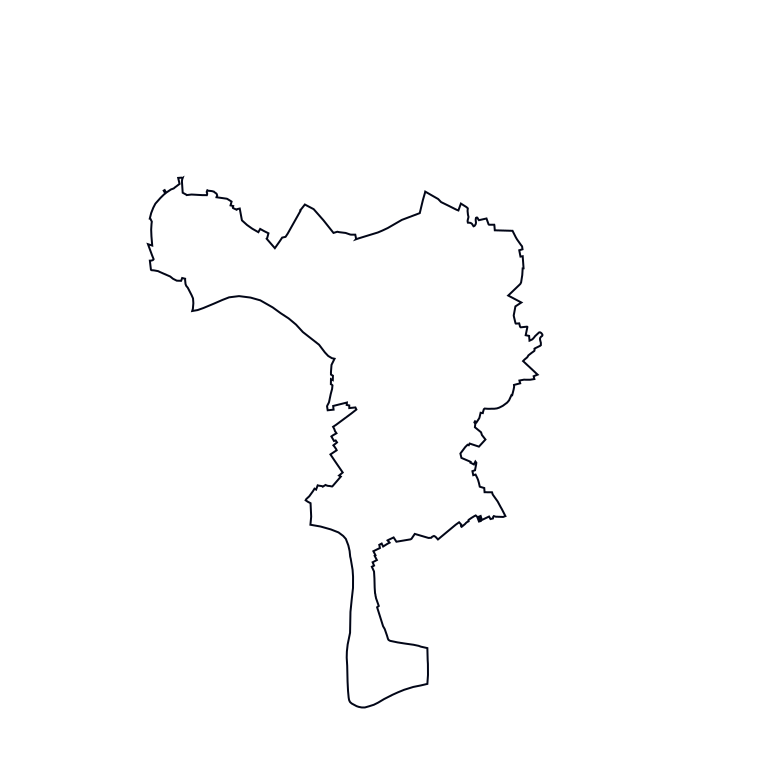 Gia Lam, Ha Noi, Vietnam, rotated 330°
{"feature_id": "81297802B60728672974675", "entity_name": "Gia Lam", "entity_type": "district", "adm_level": 2, "iso_a3": "VNM", "parent_name": "Vietnam", "parent_adm1": "Ha Noi", "projection": "albers", "projection_center": [105.948, 21.024], "detail": "fine", "context": "isolated", "style": "outline", "palette": "ink", "viewbox_px": 768, "rotation_deg": 330, "n_neighbors": 0, "source": "geoboundaries", "source_scale": "gbopen_adm2", "svg_char_len": 6154}
<svg xmlns="http://www.w3.org/2000/svg" viewBox="0 0 768 768"><g transform="rotate(330 384 384)"><path d="M254.4,224.9L259.6,226.8L265.6,227.9L277.2,229.4L286.1,230.4L293.2,231.5L302.4,235.4L311.6,242.4L318.7,249.7L325.9,262.0L329.9,271.0L334.2,279.5L337.5,288.5L339.7,298.4L347.4,317.5L348.6,327.1L349.7,331.8L351.8,335.6L353.8,337.4L348.1,341.2L344.0,347.2L342.8,349.3L343.9,351.3L341.6,355.0L340.5,353.3L337.9,357.6L338.4,358.4L338.7,359.4L336.6,362.3L332.9,366.0L327.7,371.8L327.0,372.5L324.0,374.4L323.5,374.9L322.1,378.6L327.5,381.0L329.0,377.6L342.6,381.5L341.2,383.5L343.2,385.2L341.9,387.5L347.5,390.0L347.3,392.3L341.0,393.2L322.0,395.4L318.5,395.6L318.5,396.6L318.4,398.4L318.0,400.3L318.2,402.9L314.3,402.9L312.2,403.1L312.2,408.3L313.9,408.7L314.1,411.1L309.5,411.8L309.8,413.7L310.0,416.3L309.9,417.7L302.4,418.2L302.9,425.7L304.0,440.0L299.3,440.8L300.3,442.6L288.5,446.7L287.8,446.8L285.7,445.0L284.5,444.2L283.5,443.1L282.9,442.2L279.6,442.3L279.3,441.5L276.8,439.5L275.9,438.6L272.4,441.5L271.5,439.9L268.9,441.3L263.1,443.9L259.4,444.7L258.0,445.5L259.1,447.8L260.8,450.5L254.6,462.5L249.9,469.1L257.8,475.7L265.3,483.4L270.4,489.8L272.7,495.2L273.5,499.1L272.4,506.0L270.7,511.5L268.4,516.6L267.8,518.7L263.9,529.2L260.8,535.5L255.2,545.1L248.2,554.6L241.0,564.6L230.2,582.5L222.3,591.4L218.1,597.1L214.9,602.3L211.2,609.7L203.6,623.6L199.4,631.8L196.6,637.9L195.8,640.1L195.6,641.6L195.6,642.6L196.3,644.6L199.2,649.3L200.7,651.0L203.1,653.1L205.8,654.6L209.8,655.6L214.8,656.7L219.5,657.0L226.5,656.9L236.0,657.4L242.0,658.0L248.6,658.9L257.9,661.0L265.0,663.4L271.6,665.4L276.6,658.0L282.0,648.5L283.8,644.9L289.5,634.4L284.6,629.9L283.1,628.1L279.2,624.6L272.3,619.2L266.6,614.6L260.9,609.5L260.0,608.0L260.0,606.7L260.8,603.4L262.1,596.6L262.1,593.3L266.4,573.9L268.5,573.6L270.0,565.5L270.6,563.9L270.6,563.6L271.4,561.7L271.6,560.8L274.1,555.7L278.5,547.6L281.6,541.4L282.1,536.2L284.6,536.3L285.0,532.7L289.8,532.9L290.0,528.1L291.0,528.1L291.2,523.5L298.5,524.0L299.5,520.9L302.2,521.0L302.0,524.3L307.0,524.1L309.5,524.2L308.9,521.2L309.5,521.2L315.6,521.7L315.9,526.8L329.3,531.8L330.4,531.8L335.7,529.2L345.6,539.6L348.1,540.8L349.2,540.4L349.8,540.4L351.3,540.6L352.2,542.0L353.0,545.6L375.8,541.7L379.9,541.3L380.6,544.5L379.8,545.2L379.6,546.0L379.8,546.5L384.1,545.8L385.6,545.3L387.2,545.1L388.6,545.2L388.9,544.3L389.3,544.0L392.8,543.7L396.2,543.6L397.7,543.7L398.1,545.0L398.3,545.7L397.5,550.6L399.1,551.0L400.1,546.4L401.7,546.6L400.8,550.7L408.7,551.3L408.7,554.2L411.1,554.9L412.1,553.7L413.1,553.3L414.3,554.7L420.7,558.7L423.1,559.1L423.5,551.1L423.5,548.7L423.7,542.6L422.9,534.1L423.4,531.8L417.0,528.0L418.8,524.2L416.4,521.7L415.6,520.8L416.7,517.3L417.5,514.1L417.8,511.8L418.0,508.2L415.7,507.6L417.0,503.7L419.7,504.2L423.5,499.8L424.6,498.4L424.4,496.8L421.6,498.6L419.5,495.3L420.1,494.7L414.1,486.7L415.4,482.4L422.9,479.2L426.0,478.4L426.8,479.4L428.4,478.4L434.9,485.7L444.1,482.8L443.3,477.1L443.9,474.4L443.0,471.9L441.1,466.9L443.2,464.1L443.1,462.4L444.2,461.8L444.9,463.5L449.3,461.3L450.1,460.6L453.3,457.2L455.0,458.6L455.8,457.7L457.8,455.8L458.9,455.6L461.4,457.3L467.0,460.5L469.6,461.6L472.1,462.1L476.0,462.3L481.3,461.7L484.1,460.7L488.9,457.3L489.4,457.8L493.3,453.8L495.3,451.5L496.1,449.8L502.3,451.5L503.0,448.7L507.3,450.2L512.5,453.3L516.7,454.9L517.5,452.1L521.7,452.7L515.9,433.7L517.9,433.1L521.4,432.5L523.4,431.4L527.7,430.8L530.7,430.5L531.6,429.6L531.9,428.7L532.3,428.6L538.5,429.0L539.4,428.7L539.6,428.1L540.4,426.9L541.1,424.3L541.4,423.4L542.1,422.3L543.5,421.6L545.1,421.4L545.5,421.1L545.9,420.3L545.7,418.6L545.4,417.9L544.9,417.2L544.2,416.9L543.1,417.1L538.4,418.2L537.7,418.6L535.6,419.3L534.4,419.5L531.7,419.2L533.7,414.9L531.1,412.6L536.7,406.3L536.7,406.1L536.4,405.8L530.8,403.3L530.6,402.9L530.5,402.3L531.4,399.1L528.5,397.7L528.3,397.5L528.3,397.0L530.2,390.6L530.6,389.5L536.6,382.5L543.7,382.1L535.8,369.5L550.6,365.9L552.1,365.5L553.5,364.6L558.2,358.8L561.9,353.2L562.7,353.6L568.0,342.7L565.9,341.9L568.0,335.8L571.3,336.6L572.4,333.8L572.1,331.8L571.5,325.2L571.5,322.7L571.9,315.6L556.8,306.3L559.0,301.6L559.1,301.2L554.8,298.7L554.5,298.4L554.4,298.0L555.5,291.9L548.1,289.6L548.0,288.9L548.0,286.6L547.6,286.2L546.8,286.1L546.4,286.5L545.8,287.2L545.0,288.6L544.5,290.0L543.8,290.9L543.2,291.5L541.6,292.3L540.8,292.3L540.4,292.2L540.3,289.5L539.9,288.4L539.2,287.5L537.3,286.2L537.8,284.8L538.3,284.1L540.5,281.8L540.8,281.3L541.3,279.5L542.9,275.9L544.4,273.8L543.9,272.1L540.8,266.2L535.2,270.9L533.9,269.3L528.9,261.7L524.4,255.0L523.4,250.9L515.9,238.0L514.8,239.2L509.7,244.1L500.4,253.9L481.5,250.8L465.2,250.8L459.3,250.3L454.4,249.7L434.9,245.2L431.9,244.6L432.4,244.4L433.8,240.3L430.5,238.4L429.5,237.7L426.3,234.0L421.1,230.1L419.7,228.8L415.8,227.9L413.4,211.8L410.5,197.4L405.5,189.5L405.2,189.0L400.0,191.1L398.4,191.6L398.4,192.2L375.8,205.6L372.4,207.3L372.2,207.3L369.0,206.3L365.4,208.1L357.4,211.8L355.0,199.5L355.8,199.2L359.3,195.7L356.7,191.8L354.3,187.8L351.1,189.7L347.6,183.7L344.9,177.8L342.8,171.3L343.0,170.6L346.8,159.9L344.1,159.1L343.5,159.4L341.2,156.1L341.3,155.6L342.4,154.5L340.4,152.6L343.2,149.8L340.8,145.3L340.2,144.7L332.3,138.5L332.7,138.1L333.7,137.5L334.0,136.4L334.1,135.5L333.9,134.9L333.0,133.0L332.9,132.4L331.4,130.9L329.4,129.4L329.1,129.3L328.6,128.9L327.9,127.9L326.7,128.8L326.4,129.2L326.3,130.2L325.6,131.4L325.0,131.9L320.8,129.4L312.1,123.7L307.5,121.7L307.4,121.1L305.3,117.7L310.2,107.7L311.4,106.0L312.8,104.8L312.2,104.8L312.0,104.6L311.7,104.0L308.8,102.6L307.0,108.5L301.2,109.2L299.7,109.5L296.8,109.0L291.0,109.4L291.0,106.4L289.9,106.4L289.9,109.6L288.0,109.9L283.4,111.1L276.2,113.5L272.3,116.0L267.9,119.5L263.8,123.7L264.3,124.2L264.1,127.3L262.8,129.0L259.6,133.8L256.5,139.7L252.5,148.2L249.5,144.9L247.5,156.5L246.9,160.7L246.4,161.0L245.6,161.1L244.2,160.8L242.9,160.1L239.3,168.5L239.7,169.3L241.5,170.5L244.8,173.3L246.0,175.1L252.6,184.0L253.9,187.4L256.2,190.9L259.9,193.2L262.2,191.3L264.4,193.4L263.8,194.4L262.1,198.2L261.8,200.1L262.2,202.5L261.8,210.8L261.4,214.4L259.3,218.7L256.1,223.3L254.4,224.9Z" fill="none" stroke="#020617" stroke-width="2"/></g></svg>